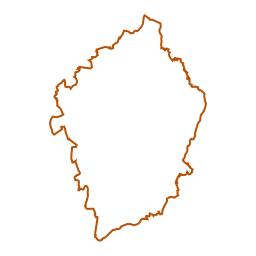 the district of Morroa, Sucre, Colombia
{"feature_id": "7082276B21586467517782", "entity_name": "Morroa", "entity_type": "district", "adm_level": 2, "iso_a3": "COL", "parent_name": "Colombia", "parent_adm1": "Sucre", "projection": "natural_earth1", "projection_center": [-75.308, 9.392], "detail": "fine", "context": "isolated", "style": "outline", "palette": "amber", "viewbox_px": 256, "rotation_deg": 0, "n_neighbors": 0, "source": "geoboundaries", "source_scale": "gbopen_adm2", "svg_char_len": 5657}
<svg xmlns="http://www.w3.org/2000/svg" viewBox="0 0 256 256"><path d="M89.1,60.4L90.6,61.6L91.4,62.9L91.6,65.5L91.9,67.2L90.4,68.5L79.4,66.9L78.4,67.7L77.7,68.7L79.1,68.5L79.4,68.6L79.7,68.9L79.6,69.9L78.8,70.0L79.0,70.6L78.7,71.3L78.0,71.7L75.6,72.2L75.3,72.5L75.5,75.3L75.1,76.3L74.1,76.9L75.7,78.0L76.7,80.0L76.9,81.2L76.9,82.6L75.7,84.8L74.5,85.1L72.7,86.1L70.7,88.7L69.9,87.2L68.8,86.7L66.2,87.2L65.3,86.4L65.0,83.9L65.2,82.5L64.8,81.7L64.8,80.6L64.2,79.8L63.4,80.3L63.0,81.0L62.3,81.5L61.8,82.7L58.2,84.9L57.8,86.2L56.7,86.6L56.9,88.7L57.7,89.6L57.9,90.7L57.8,91.0L57.2,91.4L55.9,91.7L56.2,93.8L56.7,93.8L56.7,94.4L54.9,95.6L54.6,96.1L54.5,96.8L54.7,97.4L55.4,97.8L55.7,98.5L55.9,98.5L56.2,98.1L56.6,98.3L56.7,98.5L56.5,99.4L57.4,100.2L57.4,100.6L56.9,100.8L57.3,101.6L57.1,102.4L57.4,104.4L57.2,105.8L58.4,106.6L59.6,108.0L60.6,108.8L62.9,114.0L63.3,114.6L61.2,115.8L56.8,117.2L52.7,116.6L51.7,118.0L50.9,119.7L50.2,122.0L50.0,123.7L50.3,124.0L50.6,126.8L51.8,129.4L52.3,132.1L52.8,133.2L54.1,134.6L62.1,129.1L61.2,126.9L64.2,126.6L65.3,129.7L65.5,131.6L68.2,139.4L68.4,139.5L69.1,138.9L69.8,139.8L76.7,145.0L75.9,147.0L72.3,147.1L72.0,147.6L71.9,150.6L71.5,153.7L71.3,158.6L72.4,162.5L73.4,162.4L75.7,160.9L75.5,161.7L75.6,162.6L76.8,165.2L77.0,166.3L78.8,171.0L80.0,173.0L79.4,174.2L78.6,174.7L76.8,175.1L76.3,175.8L75.1,176.4L74.8,176.9L74.7,177.6L75.4,180.1L78.0,180.3L78.6,180.8L78.8,181.3L78.9,182.7L78.6,185.2L79.2,186.3L79.4,187.1L78.5,188.9L78.4,189.8L78.6,190.4L79.2,190.3L80.7,188.9L81.6,188.9L82.5,189.6L83.0,189.5L83.9,188.6L85.0,186.2L85.6,185.9L86.8,186.3L87.7,187.9L87.9,188.7L87.7,193.7L88.0,195.2L87.5,197.9L85.9,203.2L85.5,205.1L85.2,205.7L85.7,205.7L85.5,207.2L86.7,208.6L87.7,208.9L93.4,208.7L95.3,213.4L95.3,213.6L94.6,214.3L96.0,217.3L97.0,216.8L97.3,216.9L97.2,217.7L97.5,218.0L95.1,233.9L95.1,235.1L95.7,235.2L95.1,237.0L96.1,237.5L97.4,239.4L98.0,240.0L100.0,240.6L101.3,240.1L102.6,238.6L102.8,238.8L103.4,238.2L104.9,237.7L111.7,231.2L112.7,230.1L114.4,229.9L116.1,229.1L118.4,229.1L120.1,228.3L121.2,226.5L124.6,225.0L127.6,224.0L130.7,224.1L133.6,225.2L137.1,224.3L138.6,223.5L139.3,222.9L141.4,219.4L142.2,218.8L144.4,219.0L144.4,218.7L147.5,219.2L147.2,218.5L146.2,217.3L146.2,216.6L146.4,215.9L149.4,216.3L149.7,213.6L149.9,213.3L151.2,214.5L152.4,214.4L152.7,214.6L153.4,215.9L153.6,215.5L156.8,214.6L156.8,213.8L159.1,213.3L158.8,212.0L158.6,212.0L158.5,211.6L158.9,211.6L160.2,214.4L162.1,213.8L162.6,210.0L164.8,205.2L166.5,202.3L166.9,201.3L167.0,200.6L166.8,200.1L166.9,198.8L168.9,197.4L169.3,197.5L170.5,196.8L173.2,197.3L174.2,197.7L178.2,195.2L177.5,193.9L177.6,191.3L177.3,190.8L178.6,189.8L175.7,182.8L176.3,182.5L176.9,183.8L177.4,183.3L177.2,182.2L176.9,181.8L176.2,182.0L176.2,180.9L176.7,181.0L176.8,180.5L176.6,180.4L176.9,179.5L177.1,179.7L177.4,179.4L177.2,178.9L176.8,179.2L179.7,174.0L180.2,174.2L180.0,174.6L180.3,174.9L180.3,175.3L180.6,174.9L181.2,174.9L181.4,174.4L182.5,175.1L184.9,175.0L186.0,174.5L186.8,173.7L187.2,172.0L187.5,172.5L188.0,172.7L188.7,174.3L189.7,174.4L192.0,172.3L192.1,170.3L192.6,169.5L189.8,167.4L189.9,167.2L190.0,166.4L189.6,166.2L189.5,166.3L188.3,165.1L188.0,163.4L187.2,163.3L186.9,163.7L187.1,164.1L187.1,164.3L184.5,162.2L183.7,161.1L182.9,160.5L182.9,159.9L184.4,158.1L185.2,154.8L187.1,151.6L187.4,150.1L187.4,146.6L188.3,145.5L189.2,145.5L189.8,144.4L190.0,142.6L189.8,141.0L190.0,140.6L191.2,138.8L192.0,139.3L193.5,139.3L193.7,138.3L195.1,136.2L195.0,133.0L197.6,124.5L198.3,122.7L200.1,120.6L200.6,116.2L201.1,114.6L202.5,113.1L204.5,109.7L204.7,108.5L205.3,107.2L206.0,103.6L205.9,103.0L205.3,102.4L205.1,100.5L204.7,99.6L204.6,98.7L204.7,97.8L204.2,96.8L204.3,94.8L204.5,94.2L204.4,93.5L201.3,90.6L200.5,90.2L199.8,90.4L199.2,90.0L198.5,89.1L198.3,88.4L197.8,88.4L197.7,87.1L196.3,87.0L195.8,86.7L195.3,86.8L194.8,86.6L194.4,86.8L193.7,86.5L192.8,87.0L192.0,86.8L191.4,85.9L191.7,84.7L190.2,84.4L190.0,83.9L189.3,83.3L189.3,82.5L189.5,82.1L189.8,80.9L189.2,80.1L189.4,79.7L189.4,79.3L189.7,79.0L189.7,78.8L189.3,78.1L188.7,77.9L188.2,78.8L187.6,79.0L187.1,78.8L187.3,77.5L188.1,77.1L188.3,76.7L188.0,76.2L187.4,75.8L187.0,74.7L186.8,74.6L186.7,73.7L186.9,73.2L186.7,72.8L187.0,72.5L186.0,72.3L186.1,71.8L185.5,71.4L185.2,70.2L184.8,70.0L184.3,70.5L183.8,69.8L183.8,69.5L184.2,69.3L184.1,67.8L183.3,65.3L182.7,64.9L183.4,63.8L183.2,63.2L181.5,62.5L180.7,61.8L180.9,59.7L180.7,59.4L180.3,59.0L179.0,58.7L178.7,58.7L178.4,59.1L177.5,58.7L177.2,60.2L176.6,60.2L176.4,60.0L176.6,58.8L175.1,57.9L174.8,58.3L174.5,59.2L174.6,60.2L174.5,60.4L173.8,60.3L173.6,59.6L173.3,59.3L172.9,59.4L172.5,60.0L172.3,59.9L172.2,60.3L170.1,57.7L170.0,57.1L169.1,55.3L169.1,53.7L169.7,52.5L168.7,52.2L168.4,51.5L168.2,50.8L168.7,49.8L168.7,49.3L168.2,49.3L166.9,48.6L165.5,50.0L164.9,50.2L164.7,49.5L164.7,48.9L163.9,48.4L163.6,48.3L163.3,48.9L162.2,47.8L161.3,48.1L161.4,46.6L161.1,44.2L161.6,42.1L161.2,39.0L161.7,36.5L161.4,35.2L160.3,33.7L159.5,31.9L159.4,31.3L159.6,29.4L160.5,27.7L160.7,26.7L160.7,24.9L160.3,23.8L160.4,23.3L153.2,20.2L152.8,19.9L150.9,19.6L150.3,19.9L149.9,19.8L148.8,18.1L147.8,17.7L146.7,16.7L144.5,15.4L143.6,17.7L143.6,19.0L142.8,24.1L141.3,26.8L140.4,28.0L137.7,30.8L136.8,31.2L136.2,30.8L135.2,30.8L134.0,31.6L133.1,33.2L131.6,32.9L130.6,33.4L128.5,31.5L124.2,30.6L122.4,34.5L119.9,38.4L119.2,37.7L117.4,42.6L114.6,43.8L112.7,45.7L113.1,46.8L113.1,48.1L112.5,48.2L111.6,48.8L111.1,48.8L110.1,47.4L109.6,48.3L109.2,48.3L109.1,47.6L105.0,47.0L96.8,49.5L97.2,50.5L96.1,51.2L96.4,51.6L97.0,51.8L97.5,52.3L96.9,53.6L97.8,55.0L95.2,57.2L92.3,57.0L92.8,57.9L91.3,59.2L90.0,59.8L89.6,60.3L89.1,60.4Z" fill="none" stroke="#b45309" stroke-width="2"/></svg>